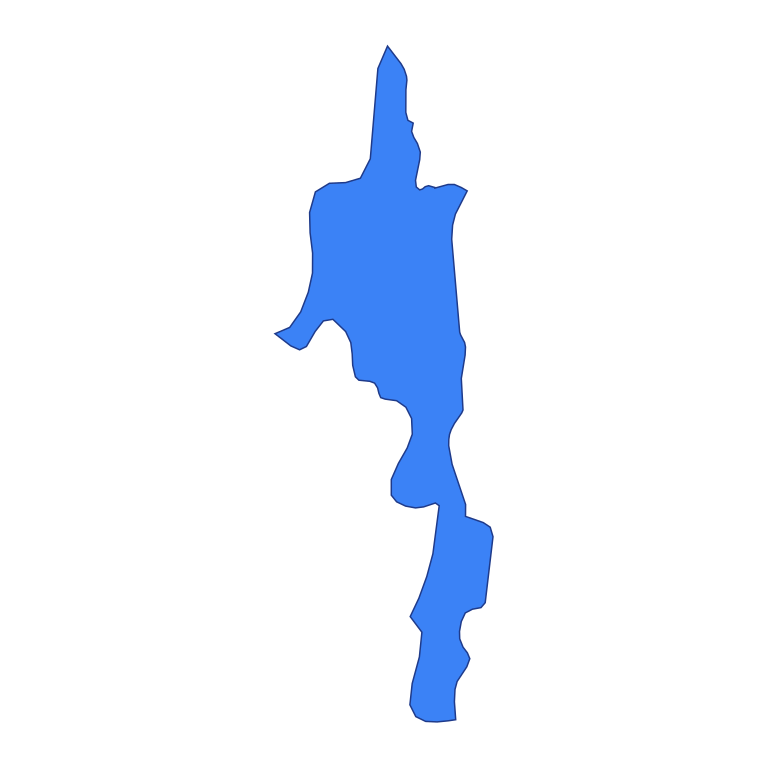 map outline of Ilocos Sur (Equal Earth projection), rotated 180°
{"feature_id": "PHL-2548", "entity_name": "Ilocos Sur", "entity_type": "Province", "adm_level": 1, "iso_a3": "PHL", "parent_name": "Philippines", "parent_adm1": "", "projection": "equal_earth", "projection_center": [120.535, 17.275], "detail": "fine", "context": "isolated", "style": "filled", "palette": "blue", "viewbox_px": 768, "rotation_deg": 180, "n_neighbors": 0, "source": "natural_earth", "source_scale": "10m", "svg_char_len": 1637}
<svg xmlns="http://www.w3.org/2000/svg" viewBox="0 0 768 768"><g transform="rotate(180 384 384)"><path d="M300.8,577.1L312.6,553.9L315.4,542.9L316.3,528.8L308.3,435.8L307.4,433.1L303.4,425.5L302.5,421.0L302.9,412.9L306.7,389.5L305.0,358.0L306.3,355.0L313.6,344.5L316.8,338.4L318.5,333.5L319.2,328.5L319.3,322.3L315.9,303.7L302.4,263.5L302.5,251.6L284.7,245.4L277.8,240.8L275.0,231.3L282.8,165.3L287.0,160.4L295.6,158.8L302.7,155.1L306.7,146.5L308.5,136.6L308.3,129.2L305.0,120.9L300.6,115.1L298.2,109.3L301.2,101.2L310.9,86.5L313.0,78.6L313.6,66.3L312.3,48.3L319.7,47.2L330.9,46.1L342.4,46.6L352.2,51.4L358.1,63.2L355.8,84.5L348.6,111.1L346.1,135.8L357.8,151.4L349.1,169.8L341.2,191.5L335.1,214.2L328.8,262.3L332.6,265.0L344.4,261.1L352.5,260.1L362.4,261.9L371.4,266.2L376.7,272.8L376.7,288.5L369.6,304.6L360.8,320.0L355.7,333.8L356.4,349.5L362.1,360.8L371.4,367.3L382.9,368.9L387.3,370.4L389.1,374.7L390.4,380.1L393.4,384.9L398.2,386.7L409.1,387.8L412.6,391.2L415.3,402.7L415.8,414.1L417.2,425.4L422.3,436.4L435.1,448.7L444.6,447.1L452.8,436.6L461.6,421.5L468.4,418.2L477.2,422.1L493.0,434.3L478.3,440.6L467.3,456.1L459.7,475.8L455.5,494.9L455.4,514.9L457.9,535.2L458.4,555.5L452.6,576.1L438.6,584.7L422.4,585.4L407.6,589.8L397.7,609.2L390.1,699.5L380.5,721.9L367.0,704.3L363.8,698.7L361.5,691.7L361.1,687.9L362.1,678.1L362.2,655.6L360.1,647.7L354.8,644.9L356.4,636.6L354.2,630.6L350.6,624.5L347.7,615.9L348.3,608.2L352.5,587.6L351.7,581.0L348.3,578.1L345.5,579.0L342.8,581.3L339.4,582.3L333.1,580.5L333.1,579.9L320.0,583.5L313.6,583.5L306.7,580.5L300.8,577.1L300.8,577.1Z" fill="#3b82f6" stroke="#1e3a8a" stroke-width="1.5"/></g></svg>